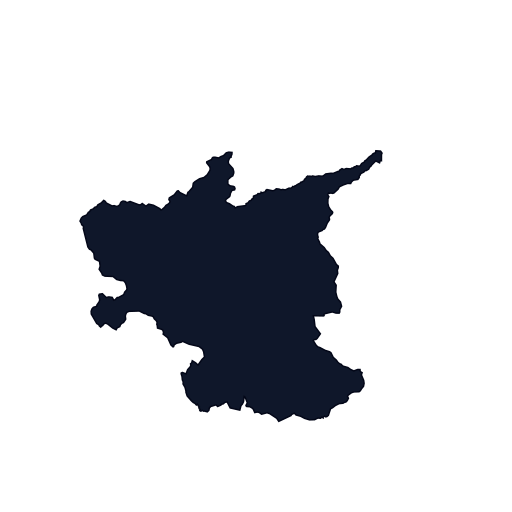 Sita Buzaului, Covasna, Romania, rotated 216°
{"feature_id": "2599482B84594995893474", "entity_name": "Sita Buzaului", "entity_type": "district", "adm_level": 2, "iso_a3": "ROU", "parent_name": "Romania", "parent_adm1": "Covasna", "projection": "robinson", "projection_center": [26.114, 45.599], "detail": "fine", "context": "isolated", "style": "filled", "palette": "ink", "viewbox_px": 512, "rotation_deg": 216, "n_neighbors": 0, "source": "geoboundaries", "source_scale": "gbopen_adm2", "svg_char_len": 6148}
<svg xmlns="http://www.w3.org/2000/svg" viewBox="0 0 512 512"><g transform="rotate(216 256 256)"><path d="M216.9,414.1L220.9,411.6L220.0,409.6L220.8,408.8L221.6,407.0L221.5,405.9L222.7,402.6L223.2,398.5L223.9,396.9L223.6,395.7L224.9,392.9L224.7,390.3L225.3,389.3L227.7,388.1L227.8,387.1L229.0,385.8L228.9,384.7L230.3,383.3L230.6,382.1L234.4,379.8L235.7,377.7L237.8,377.2L238.8,374.6L238.5,373.1L239.4,372.6L242.1,368.2L244.0,367.0L247.8,363.4L248.7,360.3L249.6,359.3L252.3,357.7L254.8,355.1L257.3,354.0L257.9,353.0L259.5,352.2L260.1,351.4L261.1,351.2L261.6,349.7L261.3,348.6L261.8,346.6L261.4,344.7L262.4,343.2L262.3,342.6L263.2,341.9L263.0,341.2L264.7,337.9L265.1,336.3L265.7,335.8L265.8,334.6L267.2,333.8L267.1,332.9L267.5,331.5L269.2,330.3L271.2,326.7L273.6,325.5L274.6,324.3L276.7,323.7L279.1,322.3L279.7,319.9L280.8,318.6L286.2,316.2L286.7,314.8L286.1,314.5L286.1,313.7L288.0,310.9L289.4,310.6L289.0,309.7L289.3,309.0L291.1,307.6L291.0,306.4L293.2,303.0L292.1,301.0L292.8,299.7L292.6,298.3L293.7,296.6L293.7,294.3L294.8,292.5L294.1,291.7L294.2,290.5L300.0,285.0L301.1,282.6L302.8,283.3L304.0,282.8L308.3,282.7L311.2,281.9L313.2,282.6L313.5,284.4L312.3,288.4L312.4,289.3L313.6,291.9L314.0,295.0L312.2,296.9L312.6,298.2L314.0,299.2L315.3,299.0L318.3,297.5L320.6,297.6L321.4,298.1L323.6,301.2L322.8,305.2L321.9,307.2L322.8,310.1L323.7,311.3L326.1,313.2L332.0,314.4L333.1,315.1L334.2,316.6L335.0,319.8L334.2,321.3L334.8,322.1L335.3,324.2L336.3,325.7L339.1,324.0L340.7,322.0L341.3,318.1L342.8,315.9L343.8,313.4L347.1,311.9L348.7,310.7L349.0,309.7L348.7,307.9L351.2,303.3L350.7,302.4L345.9,301.0L344.6,300.0L343.6,298.3L343.2,293.1L344.2,289.0L347.1,285.3L349.1,280.2L349.5,278.0L347.6,274.4L348.1,268.4L348.5,267.6L347.4,263.9L355.0,262.6L357.2,263.1L357.9,262.3L358.1,257.4L360.3,252.1L359.6,250.4L357.6,249.7L357.2,248.3L357.5,246.6L358.6,244.0L358.6,241.7L359.5,237.8L360.3,237.3L361.6,237.8L368.8,236.8L373.3,234.9L374.3,231.6L378.9,231.6L379.5,229.5L380.8,228.6L389.9,226.1L391.8,223.3L393.8,223.3L395.9,222.3L396.8,220.6L396.8,219.1L396.3,217.4L396.9,215.4L398.1,214.1L400.3,213.4L401.9,211.9L408.3,210.9L410.0,211.6L411.9,211.5L412.4,208.0L414.0,204.5L414.0,203.5L413.6,202.6L415.1,200.6L415.4,198.4L416.9,196.0L416.7,194.0L417.3,192.9L417.1,189.7L419.3,186.1L419.6,183.9L418.9,180.8L416.7,179.9L415.3,178.8L414.0,178.9L412.6,178.2L412.0,176.8L397.3,164.5L394.7,163.6L393.2,164.0L388.9,163.0L385.5,159.3L384.2,158.8L379.5,159.7L376.1,156.2L375.1,153.1L370.7,151.5L369.1,150.4L366.4,150.9L359.6,155.4L354.9,155.1L351.3,156.5L348.6,158.2L346.0,157.6L343.4,155.9L341.1,153.7L340.7,152.5L341.0,149.6L340.4,147.3L340.5,146.6L342.8,141.7L343.9,140.9L344.3,137.8L345.0,136.6L348.0,138.0L351.0,136.4L352.8,134.4L358.1,135.2L360.3,133.0L360.0,131.7L356.6,128.6L356.0,126.8L355.9,122.8L355.3,121.7L357.4,118.9L357.6,116.8L356.9,114.4L355.1,112.2L345.2,107.8L342.8,108.0L341.5,107.3L339.8,107.2L339.8,108.2L339.2,109.5L339.1,111.9L338.1,113.4L335.8,113.8L329.6,113.5L325.8,114.1L326.1,116.3L324.7,118.8L325.3,120.8L324.9,122.9L324.1,124.3L324.2,127.5L324.3,128.3L326.5,130.7L327.3,132.9L327.4,134.6L326.2,136.6L318.1,142.9L312.6,143.8L311.1,144.6L308.3,144.7L305.1,146.2L303.4,146.5L301.4,145.4L298.9,145.1L297.2,144.4L295.9,142.2L295.2,141.9L293.3,139.8L289.2,141.2L287.7,141.2L285.8,139.7L285.2,138.2L279.4,138.0L272.5,134.0L269.7,133.7L269.4,134.3L270.0,136.0L269.0,138.7L265.9,142.2L265.3,143.8L258.3,145.3L248.9,149.3L244.5,149.2L242.0,147.7L238.3,144.0L238.9,140.5L238.8,133.7L242.1,134.1L246.0,133.8L245.2,131.7L245.6,130.3L244.5,129.3L244.1,127.9L244.5,123.9L243.3,119.5L247.1,118.5L247.7,117.4L247.3,116.7L245.0,115.0L242.8,112.5L240.9,111.4L239.8,109.6L236.2,108.0L233.3,105.6L232.6,104.6L229.4,102.3L223.2,100.9L220.6,100.6L218.7,100.9L216.7,100.4L216.3,101.7L214.6,100.8L213.1,100.6L213.1,99.7L211.9,99.0L211.0,99.1L210.7,98.0L209.9,97.9L209.3,98.2L208.8,99.5L207.3,99.6L206.9,100.1L203.8,101.3L203.4,103.4L204.4,105.6L204.2,107.6L200.8,112.1L198.6,111.7L196.8,114.7L196.7,115.4L197.0,115.5L195.6,117.1L195.1,119.4L193.6,121.0L187.6,117.9L178.5,121.8L180.2,126.1L180.0,128.1L180.4,130.7L183.0,135.4L181.8,135.4L176.7,132.1L176.3,129.2L175.7,128.8L175.0,128.8L172.3,130.5L169.3,130.7L168.0,130.4L165.0,128.6L163.4,130.4L161.5,131.3L158.5,131.3L154.6,136.1L153.7,135.9L152.8,136.5L143.8,136.9L140.4,135.6L133.9,147.5L134.1,148.7L132.6,151.4L130.2,150.9L125.7,152.6L121.3,153.2L116.4,154.9L112.4,158.0L110.7,161.3L108.4,162.7L108.1,164.3L106.6,164.5L107.0,165.0L106.5,166.7L105.1,166.8L104.3,167.7L103.8,169.6L105.9,176.2L104.9,178.2L103.9,181.7L102.0,185.4L99.0,188.1L98.9,188.8L97.4,190.9L97.2,192.6L97.6,195.2L99.6,196.4L99.6,197.6L98.4,201.5L96.9,203.6L92.8,206.8L92.4,208.3L92.6,210.8L92.4,213.7L93.7,216.5L95.8,218.7L100.8,221.7L101.6,224.0L103.2,223.8L104.6,224.5L105.1,225.3L107.0,224.0L109.3,220.5L112.8,219.8L116.1,219.8L120.7,218.1L122.1,218.0L123.1,218.5L125.1,218.0L127.2,218.1L129.8,219.0L134.0,219.4L138.5,221.8L140.2,221.8L144.6,220.3L150.4,219.5L152.7,218.8L155.3,219.3L160.1,221.3L159.9,222.4L158.5,223.7L158.1,225.2L158.2,230.9L166.8,233.6L171.5,238.7L174.5,241.4L166.2,247.2L165.9,247.8L166.8,248.6L166.2,250.0L161.4,255.6L157.8,256.8L155.1,258.7L155.3,259.9L156.7,261.8L157.2,265.6L160.6,268.4L164.6,269.3L166.8,270.7L170.2,273.6L174.0,279.5L177.8,280.9L179.6,289.9L181.9,292.4L182.6,294.9L183.5,296.2L186.0,296.4L192.4,299.4L196.0,299.8L199.6,301.5L202.5,301.7L205.8,302.9L211.4,303.4L212.9,304.6L216.3,306.3L216.8,307.8L218.6,309.2L219.7,311.1L219.6,312.2L217.5,315.5L217.4,316.8L216.5,318.1L216.6,320.1L217.7,324.4L217.8,328.2L218.2,329.1L219.4,329.9L219.8,331.6L219.2,334.9L219.4,336.1L220.1,336.7L222.6,337.1L226.1,338.5L228.9,340.9L231.3,344.4L232.0,346.9L234.0,347.6L234.4,349.6L233.6,349.7L232.4,351.0L230.8,351.7L230.0,352.8L228.9,358.2L229.2,361.0L227.1,364.9L224.6,368.5L222.0,370.3L222.3,371.8L222.0,373.9L221.5,374.9L218.6,377.8L218.6,380.1L219.5,381.4L219.3,383.1L219.8,384.0L218.1,387.3L218.0,389.0L217.0,389.9L215.9,392.5L216.3,394.7L215.8,396.1L215.9,397.7L215.0,403.3L210.8,404.0L211.6,406.2L210.5,406.8L214.1,411.8L214.5,413.3L216.9,414.1Z" fill="#0f172a" stroke="#020617" stroke-width="1.5"/></g></svg>